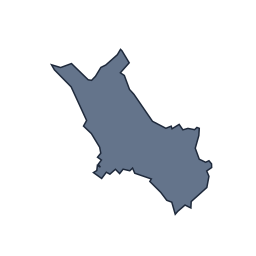 Putnam, Tennessee, United States of America, rotated 219°
{"feature_id": "52423323B64488882262112", "entity_name": "Putnam", "entity_type": "district", "adm_level": 2, "iso_a3": "USA", "parent_name": "United States of America", "parent_adm1": "Tennessee", "projection": "mercator", "projection_center": [-85.513, 36.141], "detail": "fine", "context": "isolated", "style": "filled", "palette": "slate", "viewbox_px": 256, "rotation_deg": 219, "n_neighbors": 0, "source": "geoboundaries", "source_scale": "gbopen_adm2", "svg_char_len": 955}
<svg xmlns="http://www.w3.org/2000/svg" viewBox="0 0 256 256"><g transform="rotate(219 128 128)"><path d="M29.3,131.4L34.7,141.4L39.8,144.1L38.1,149.9L40.5,152.7L44.5,153.5L46.1,150.2L53.0,148.6L63.0,154.6L68.2,166.7L72.4,172.6L74.8,171.8L75.2,168.6L81.2,165.4L84.2,161.1L90.5,163.0L93.3,155.1L95.6,156.6L98.4,151.6L113.2,148.6L144.6,157.9L151.1,158.9L163.9,166.5L168.7,166.1L168.1,179.4L181.3,184.2L183.3,184.4L182.4,178.2L184.9,163.0L187.2,158.0L185.8,147.7L186.3,142.1L189.3,140.4L212.5,142.5L218.4,132.6L227.2,129.0L221.8,126.9L198.1,124.2L164.9,107.8L163.8,101.5L152.9,100.6L137.9,95.2L133.3,91.3L133.3,86.1L128.5,86.4L128.3,81.0L124.8,80.2L128.2,79.6L125.5,75.3L126.8,71.6L116.7,72.2L117.0,80.0L113.0,80.7L111.8,88.0L105.8,87.3L105.9,92.9L99.7,95.9L99.2,99.7L94.3,97.1L77.8,103.1L77.4,100.2L62.1,98.6L52.4,96.2L47.3,97.9L37.0,90.7L36.9,94.5L35.2,104.0L28.8,105.4L32.6,110.6L29.3,131.4Z" fill="#64748b" stroke="#1e293b" stroke-width="1.5"/></g></svg>